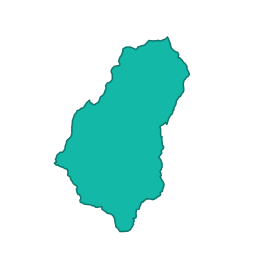 Lupsa, Alba, Romania (orthographic projection), rotated 22°
{"feature_id": "2599482B13834137324749", "entity_name": "Lupsa", "entity_type": "district", "adm_level": 2, "iso_a3": "ROU", "parent_name": "Romania", "parent_adm1": "Alba", "projection": "orthographic", "projection_center": [23.199, 46.368], "detail": "fine", "context": "isolated", "style": "filled", "palette": "teal", "viewbox_px": 256, "rotation_deg": 22, "n_neighbors": 0, "source": "geoboundaries", "source_scale": "gbopen_adm2", "svg_char_len": 5798}
<svg xmlns="http://www.w3.org/2000/svg" viewBox="0 0 256 256"><g transform="rotate(22 128 128)"><path d="M159.3,227.0L162.5,225.7L166.6,223.6L168.4,221.1L169.2,215.3L169.1,215.0L168.9,214.7L168.4,214.2L168.4,213.0L168.6,212.5L168.3,211.3L167.9,210.8L167.8,210.6L167.6,210.3L166.7,210.2L166.9,209.7L167.2,209.4L168.4,208.8L168.4,208.7L168.8,208.5L168.8,206.9L167.9,205.1L167.4,204.5L167.2,203.3L166.9,202.6L166.9,202.2L166.5,201.5L166.6,200.6L166.8,200.2L168.7,198.9L168.6,197.8L168.0,196.7L168.1,196.3L168.5,195.5L168.6,194.8L168.3,193.9L168.5,192.9L168.5,192.3L168.6,192.0L168.7,191.5L169.3,191.3L169.5,190.9L169.9,190.7L169.8,190.3L170.1,189.8L170.2,189.2L170.8,188.6L171.6,186.6L172.6,186.5L173.0,186.6L173.2,186.1L174.4,185.7L175.4,185.4L177.3,185.3L177.9,185.0L178.9,184.2L178.8,183.9L179.7,183.1L180.3,182.9L180.4,181.8L182.2,179.8L182.2,179.4L183.2,178.2L183.2,177.5L182.5,176.7L182.0,175.8L182.6,175.2L182.8,174.7L183.6,173.8L183.2,172.6L183.1,170.9L183.1,169.3L182.9,168.9L182.9,168.6L182.7,168.5L182.8,167.9L182.7,167.7L182.7,167.2L182.4,166.9L182.2,166.3L180.3,164.4L179.6,164.0L178.9,163.6L178.4,163.2L177.8,162.6L176.0,161.1L176.7,159.7L176.1,158.9L175.4,157.4L174.3,156.9L173.9,155.5L174.5,154.0L174.2,153.0L174.1,152.4L174.2,151.9L174.2,151.3L173.5,149.8L173.3,148.9L172.1,147.2L171.8,147.1L171.5,146.9L171.0,146.0L170.4,145.7L170.0,145.3L170.1,145.1L168.7,144.2L168.3,144.2L167.6,143.7L168.2,140.3L168.6,139.7L168.7,139.0L168.5,138.3L167.9,137.5L167.4,136.4L167.4,136.0L168.1,134.6L168.4,133.9L168.4,132.6L167.5,131.6L166.4,130.9L165.7,130.2L165.2,128.8L164.1,126.7L163.7,126.2L163.0,125.0L163.2,124.7L162.8,124.2L162.7,123.8L162.9,123.5L162.8,123.4L162.3,123.5L161.9,123.4L161.4,123.3L161.3,122.8L160.8,121.9L160.7,121.7L160.3,121.2L160.2,120.9L160.0,120.4L159.9,119.7L159.0,117.7L158.8,117.2L158.6,116.9L158.3,116.2L158.0,115.9L157.1,115.2L157.3,114.8L157.4,114.1L157.9,113.2L158.9,112.2L159.4,111.4L160.0,110.3L160.5,108.9L161.1,109.2L161.3,109.4L161.6,109.3L162.4,110.1L162.6,110.0L162.7,109.3L162.5,108.7L162.4,107.5L162.4,106.6L162.3,105.7L162.2,104.2L162.3,103.2L162.5,102.0L162.5,101.1L163.1,99.4L163.6,98.6L163.7,98.1L163.6,97.0L163.1,95.5L163.1,95.3L163.7,94.8L163.7,94.2L163.5,93.2L163.1,93.0L163.0,91.6L163.2,91.0L163.2,90.4L163.4,89.7L163.5,88.3L163.2,86.6L162.8,85.5L162.8,84.7L163.1,83.1L163.3,82.4L163.3,81.8L163.3,80.7L163.4,80.3L163.8,80.2L164.1,80.0L164.4,79.3L164.7,79.0L164.9,78.5L164.9,78.0L164.9,76.7L165.1,75.9L165.2,75.3L165.4,74.8L165.7,74.3L165.7,73.9L165.6,73.5L165.6,71.9L164.8,70.6L164.2,69.1L163.6,68.2L163.1,67.3L162.5,65.5L162.2,63.5L162.2,62.3L162.9,61.2L163.0,60.6L163.0,59.9L163.3,59.1L164.4,57.5L164.5,57.0L164.7,56.2L164.9,55.2L163.9,54.3L163.1,53.3L162.5,52.9L160.7,51.1L160.3,50.8L159.8,49.9L159.9,49.2L158.2,47.8L157.3,47.2L156.4,46.7L155.7,46.6L155.2,46.5L153.8,45.6L153.4,45.2L149.5,43.5L148.7,44.0L148.3,44.0L147.9,43.3L147.4,40.7L146.6,40.1L146.2,39.7L145.6,39.4L144.7,39.3L143.8,39.5L143.0,39.4L140.6,38.7L138.6,37.8L137.2,36.6L135.9,34.4L133.4,31.6L131.5,29.6L130.5,29.0L129.5,31.6L128.2,32.5L125.4,35.3L123.4,35.4L119.2,37.7L114.6,39.1L112.4,44.8L106.9,49.1L106.6,51.4L106.1,52.2L99.8,52.1L97.3,53.2L96.3,53.4L93.8,56.3L93.9,57.6L94.5,59.0L94.7,62.6L94.0,65.9L94.3,69.5L96.4,71.6L96.8,72.3L96.7,72.9L96.3,73.4L95.6,73.9L92.2,76.0L91.8,77.1L91.1,78.5L91.0,78.8L91.1,79.1L91.2,79.4L90.9,80.7L91.1,81.5L91.6,82.5L92.3,83.2L93.2,83.9L93.5,84.3L93.5,85.0L94.6,86.8L94.7,87.3L95.2,88.9L95.2,89.4L94.8,90.0L94.8,90.3L94.8,90.5L94.7,90.9L94.0,92.2L91.9,94.3L91.7,95.2L91.4,97.2L92.3,98.4L92.8,99.6L92.9,100.6L92.7,102.5L93.0,103.2L92.8,104.6L93.0,105.2L92.9,105.5L92.7,106.4L92.3,107.0L91.7,108.3L91.1,108.9L90.9,109.7L90.8,110.7L91.1,113.5L90.7,115.4L88.8,118.0L88.5,118.8L88.2,118.8L87.9,119.1L87.4,119.2L85.7,119.1L85.4,118.9L85.1,118.6L84.9,118.6L83.9,118.6L83.4,118.5L82.6,117.7L82.3,117.4L82.1,116.8L81.9,116.7L81.7,116.8L81.0,118.4L80.7,118.9L80.6,119.2L80.4,119.6L80.1,120.7L80.0,121.2L79.8,122.0L79.5,124.1L79.4,124.6L79.2,125.2L78.9,125.9L78.7,126.3L78.0,126.6L77.8,127.1L77.1,127.4L77.0,127.6L77.1,128.3L76.9,128.5L76.4,128.8L76.4,129.0L76.4,129.3L76.2,129.6L75.8,129.9L75.2,130.2L74.6,130.8L74.3,131.3L74.2,131.5L74.5,132.3L74.5,132.7L74.3,133.3L73.6,134.9L73.5,135.5L73.6,139.6L73.8,141.6L73.8,142.2L73.9,142.8L74.6,144.0L74.7,144.4L74.6,144.8L74.9,145.3L75.8,149.0L76.0,149.2L76.4,149.5L76.5,149.7L76.5,150.7L76.6,151.0L77.2,151.9L77.6,152.9L78.1,155.0L78.3,155.9L78.2,156.8L78.2,157.7L77.6,159.2L76.9,160.6L76.8,161.1L76.5,161.4L76.0,162.9L76.0,163.4L76.3,164.1L76.5,165.1L76.6,167.3L76.5,168.0L77.0,170.0L77.5,171.3L77.4,171.6L77.4,171.9L77.3,172.3L77.0,172.7L77.0,172.9L76.9,173.7L76.3,175.2L75.0,175.6L74.1,176.0L73.7,176.6L73.7,177.5L73.4,178.1L72.8,178.5L72.7,179.1L72.4,179.4L72.4,179.8L72.5,180.8L72.4,180.9L72.4,181.3L72.7,181.7L72.6,182.1L72.7,183.3L72.5,183.5L72.4,184.1L74.1,185.7L73.8,186.0L74.2,186.6L73.2,187.7L73.0,188.2L74.1,188.6L74.6,189.0L75.2,189.2L75.7,189.2L76.4,188.9L76.8,188.4L77.2,188.7L78.0,188.8L78.1,189.0L79.8,189.1L81.9,188.9L82.6,188.5L84.0,189.3L84.7,189.3L87.3,189.0L89.4,192.3L89.3,193.2L89.8,194.4L90.4,194.6L91.8,194.8L92.5,194.9L94.4,197.3L96.6,198.7L97.9,199.8L99.2,200.4L100.0,200.6L101.4,200.7L102.0,200.9L102.8,201.2L103.1,201.5L103.4,203.2L103.0,203.8L103.4,204.7L105.4,207.4L106.5,208.3L107.6,207.9L107.9,207.9L108.5,208.4L109.9,209.6L110.5,210.3L110.6,210.9L110.5,212.8L111.0,213.9L111.5,214.5L112.1,214.7L114.7,214.5L115.7,214.9L116.6,214.9L117.3,214.6L122.3,213.1L123.6,213.4L124.7,213.4L125.6,213.1L126.1,212.9L127.8,213.6L129.1,213.0L130.1,212.5L130.9,211.9L133.4,210.8L134.2,213.0L138.3,213.9L140.7,214.8L144.7,214.1L147.0,215.0L149.4,216.7L151.2,220.0L154.0,224.3L155.7,224.7L156.9,225.3L157.9,226.2L159.3,227.0Z" fill="#14b8a6" stroke="#0f766e" stroke-width="1.5"/></g></svg>